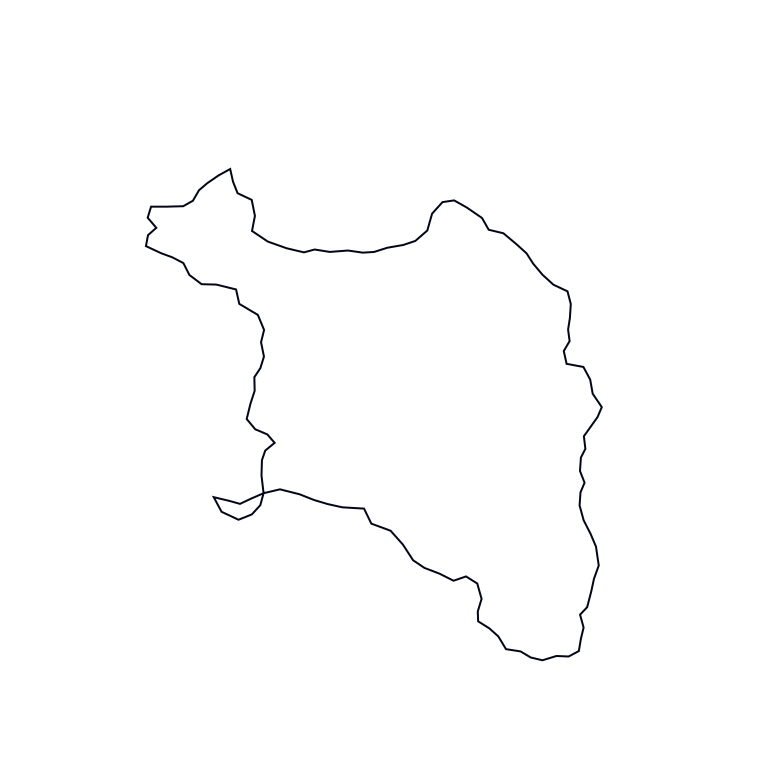 Senador Cortes, Minas Gerais, Brazil (Natural Earth projection), rotated 293°
{"feature_id": "56859067B45306296887702", "entity_name": "Senador Cortes", "entity_type": "district", "adm_level": 2, "iso_a3": "BRA", "parent_name": "Brazil", "parent_adm1": "Minas Gerais", "projection": "natural_earth1", "projection_center": [-42.912, -21.761], "detail": "fine", "context": "isolated", "style": "outline", "palette": "ink", "viewbox_px": 768, "rotation_deg": 293, "n_neighbors": 0, "source": "geoboundaries", "source_scale": "gbopen_adm2", "svg_char_len": 1751}
<svg xmlns="http://www.w3.org/2000/svg" viewBox="0 0 768 768"><g transform="rotate(293 384 384)"><path d="M417.9,111.0L417.3,127.8L417.9,139.7L416.9,152.1L408.3,162.3L404.6,177.1L410.0,190.8L413.2,210.9L401.2,219.5L398.3,240.9L386.9,252.5L374.4,254.5L362.3,262.8L350.3,264.0L339.6,262.0L327.2,267.6L313.5,268.8L298.1,271.3L292.0,283.2L292.0,296.3L287.1,306.3L276.3,300.7L266.2,301.4L251.9,307.0L236.4,315.8L246.4,329.4L249.5,349.3L249.9,365.1L251.5,379.3L254.2,393.8L261.5,414.3L250.5,426.9L251.5,447.4L243.6,464.1L233.1,479.7L230.5,493.1L231.1,509.1L230.1,524.9L238.9,534.7L236.8,547.8L224.3,557.8L211.3,559.2L202.3,563.4L200.2,576.5L196.3,587.9L187.6,599.9L191.2,614.2L189.6,625.9L191.6,637.8L201.0,649.0L205.3,660.4L214.3,667.7L226.4,664.8L237.8,662.9L248.3,654.6L257.9,658.2L274.2,655.8L286.7,653.4L300.8,652.6L317.1,642.7L326.6,632.9L336.6,621.0L348.6,611.5L361.1,607.2L371.5,607.2L380.5,598.4L393.2,594.0L403.0,594.7L414.0,588.4L437.1,593.5L447.8,593.5L456.6,579.9L468.6,572.1L477.6,560.9L473.9,544.2L484.6,536.6L496.0,538.1L506.0,532.2L517.5,529.3L530.6,524.7L541.0,516.7L541.6,501.1L546.5,487.2L553.0,474.4L560.0,464.1L564.3,451.7L569.4,435.0L566.9,420.1L575.1,409.4L578.8,391.2L580.4,376.8L574.3,366.8L559.6,361.7L542.2,363.9L527.9,356.9L519.5,347.4L510.7,333.8L501.7,323.3L496.6,313.1L492.8,298.7L484.4,282.5L480.7,267.6L473.9,258.9L470.9,241.3L469.7,221.4L473.3,202.7L488.3,199.5L501.8,190.3L502.4,174.7L511.2,166.0L521.8,158.4L511.2,150.1L499.7,142.8L490.1,138.0L478.0,136.5L469.2,129.7L462.3,114.6L456.2,100.3L444.7,101.5L438.8,113.4L428.8,108.6L417.9,111.0ZM236.4,315.8L226.4,306.3L217.4,298.3L215.9,286.8L213.3,271.5L202.9,284.4L202.2,303.1L212.3,313.3L224.1,317.5L236.4,315.8Z" fill="none" stroke="#020617" stroke-width="2"/></g></svg>